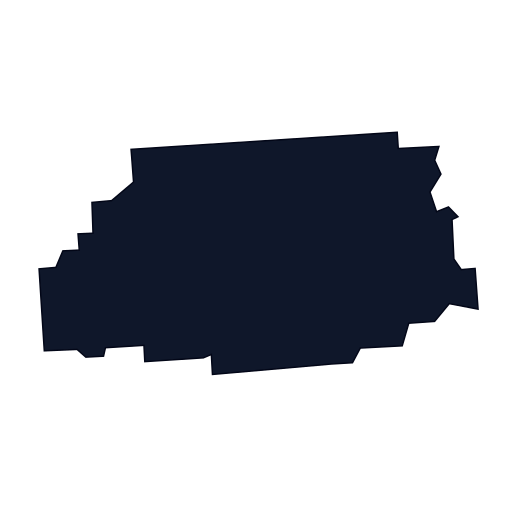 outline of Marion, Georgia, United States of America, rotated 86°
{"feature_id": "52423323B6215511480610", "entity_name": "Marion", "entity_type": "district", "adm_level": 2, "iso_a3": "USA", "parent_name": "United States of America", "parent_adm1": "Georgia", "projection": "robinson", "projection_center": [-84.513, 32.348], "detail": "fine", "context": "isolated", "style": "filled", "palette": "ink", "viewbox_px": 512, "rotation_deg": 86, "n_neighbors": 0, "source": "geoboundaries", "source_scale": "gbopen_adm2", "svg_char_len": 671}
<svg xmlns="http://www.w3.org/2000/svg" viewBox="0 0 512 512"><g transform="rotate(86 256 256)"><path d="M159.5,65.9L158.7,106.6L142.4,106.5L140.9,373.2L149.1,373.1L173.7,373.0L190.7,396.2L191.1,415.9L221.9,417.0L221.5,432.0L237.8,431.9L237.4,448.3L253.4,456.4L253.7,473.3L335.8,473.8L336.7,441.0L345.0,432.8L345.3,415.1L337.0,412.6L337.3,374.0L353.6,374.3L353.9,315.6L351.1,307.4L371.1,307.7L369.0,188.9L369.2,167.2L355.1,158.4L355.8,116.4L333.7,108.3L333.7,82.4L317.0,66.5L324.5,38.2L283.7,38.3L283.9,52.2L272.8,58.8L233.3,57.9L230.9,51.8L220.5,60.6L224.4,72.8L204.3,78.0L187.2,65.8L173.0,71.1L159.5,65.9Z" fill="#0f172a" stroke="#020617" stroke-width="1.5"/></g></svg>